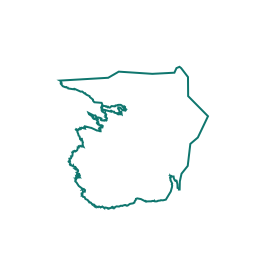 Berlevåg nor, Finnmark, Norway (orthographic projection), rotated 229°
{"feature_id": "86288312B55537413701399", "entity_name": "Berlevåg nor", "entity_type": "district", "adm_level": 2, "iso_a3": "NOR", "parent_name": "Norway", "parent_adm1": "Finnmark", "projection": "orthographic", "projection_center": [29.154, 70.681], "detail": "fine", "context": "isolated", "style": "outline", "palette": "teal", "viewbox_px": 256, "rotation_deg": 229, "n_neighbors": 0, "source": "geoboundaries", "source_scale": "gbopen_adm2", "svg_char_len": 5668}
<svg xmlns="http://www.w3.org/2000/svg" viewBox="0 0 256 256"><g transform="rotate(229 128 128)"><path d="M178.9,146.0L208.3,107.9L207.8,108.1L206.8,107.4L206.0,107.6L205.8,107.4L206.0,107.3L205.7,107.2L205.8,107.1L205.6,107.0L205.7,106.8L204.9,106.5L205.0,106.3L202.3,106.2L200.0,107.4L199.5,108.2L199.0,108.1L198.0,109.0L197.1,108.8L193.1,112.2L193.1,112.6L192.7,112.8L192.8,112.9L192.7,113.3L186.6,116.1L185.5,117.4L182.4,117.9L182.1,118.1L182.4,118.3L182.3,118.5L180.6,118.4L177.2,119.9L176.3,119.5L172.4,120.2L171.6,119.5L169.5,119.5L164.3,124.6L162.5,124.0L161.0,121.1L160.6,121.0L160.4,121.8L161.0,122.9L160.7,124.1L158.7,125.8L158.3,125.6L158.0,126.2L157.1,126.2L157.0,127.0L155.7,127.2L155.2,128.0L155.4,129.5L155.3,130.0L152.9,132.3L152.8,132.7L153.2,133.1L153.0,133.7L152.0,134.9L152.1,135.3L151.5,136.3L150.2,137.7L149.0,138.1L147.2,137.9L146.7,138.3L146.7,139.4L145.8,139.6L145.7,139.5L146.5,139.3L145.7,138.5L145.7,138.1L144.5,137.2L144.8,137.1L144.5,137.1L144.4,137.3L144.4,138.3L144.6,138.2L144.4,137.6L144.6,137.4L144.7,138.2L144.8,137.8L145.4,138.3L145.0,138.4L145.2,138.2L144.5,138.3L143.0,138.2L142.8,137.5L142.9,137.2L144.4,136.9L144.4,136.1L144.9,135.7L148.7,135.4L149.8,134.4L149.1,133.8L149.3,133.4L148.8,133.2L147.3,133.1L145.9,132.3L144.9,132.7L144.6,133.5L142.5,132.2L143.2,132.0L142.9,131.8L143.1,131.5L145.2,131.1L145.9,130.1L145.3,129.9L145.5,129.8L145.2,129.4L147.0,128.9L148.5,127.8L149.4,128.2L150.3,127.3L152.2,126.6L152.3,126.1L151.9,126.2L152.0,125.8L151.8,125.7L156.3,122.7L156.0,122.3L156.6,122.4L157.9,121.5L157.7,121.3L157.8,121.1L158.5,120.9L159.7,121.3L159.7,120.8L158.7,119.7L157.8,119.4L158.0,119.2L154.0,120.5L152.4,120.4L151.9,119.7L152.3,119.1L150.4,118.5L150.6,118.2L149.1,118.5L148.9,118.2L149.0,117.7L147.9,116.9L147.9,116.4L149.1,115.9L149.5,115.2L149.2,114.9L151.1,113.1L152.0,112.8L152.3,113.2L151.9,113.6L152.6,114.1L151.7,114.5L154.0,113.5L155.3,112.6L156.0,111.8L155.8,111.6L156.2,111.3L158.9,111.6L160.0,110.3L165.4,108.1L164.0,107.6L159.3,108.9L158.2,108.7L158.5,108.1L157.5,108.1L156.3,108.9L156.4,109.7L156.2,110.2L156.5,110.5L155.7,111.2L154.0,110.7L153.9,110.2L154.3,109.8L154.2,109.5L152.2,109.5L152.3,108.7L151.8,108.7L152.1,108.4L152.1,107.8L150.4,107.7L148.7,108.5L147.3,110.0L146.2,110.3L145.5,109.6L145.4,109.0L146.0,108.7L145.6,108.6L146.8,107.0L145.9,106.7L146.4,105.8L144.9,105.4L144.4,105.8L143.7,105.3L144.1,105.0L144.0,104.7L145.9,103.6L146.3,103.0L152.6,100.2L152.3,100.2L155.9,97.7L155.7,97.7L157.4,96.3L157.3,96.2L158.1,95.9L156.4,95.8L156.3,95.4L156.5,95.3L155.9,95.1L158.5,93.2L158.4,93.1L158.8,92.6L158.6,92.2L159.0,92.0L158.8,91.9L159.0,91.8L158.8,91.4L159.2,90.8L158.9,90.7L159.1,90.5L158.9,90.3L159.2,89.8L159.2,89.7L159.2,89.1L160.4,88.5L160.2,88.4L160.5,88.3L160.4,88.2L160.5,87.9L161.9,87.5L158.8,87.8L158.0,87.1L156.3,86.6L154.2,85.5L154.3,85.6L153.4,85.9L151.1,84.6L150.1,86.2L149.6,86.3L150.0,86.0L149.8,85.2L150.2,84.9L149.5,84.6L149.3,85.1L149.5,85.3L149.3,85.5L147.0,84.6L147.1,84.4L145.4,83.2L144.5,81.3L144.3,81.5L144.6,82.5L143.3,82.1L143.8,81.9L143.9,81.4L144.7,80.6L145.9,80.2L145.8,79.8L145.9,79.4L146.4,79.0L146.1,78.8L146.3,78.4L146.0,78.0L146.2,77.6L145.9,77.6L146.1,77.3L144.7,75.3L144.6,74.3L144.7,73.5L145.0,73.3L144.8,73.2L144.9,72.7L145.9,72.3L146.3,71.5L145.9,71.0L146.1,70.8L145.7,70.0L145.9,69.8L145.2,69.6L143.5,67.8L143.6,66.9L143.9,66.5L143.1,66.2L142.6,65.1L142.9,64.5L142.7,64.4L142.8,64.1L143.2,63.6L141.1,62.5L141.5,61.6L141.4,61.5L141.7,61.3L141.6,61.1L139.2,61.3L138.6,60.8L138.8,60.8L138.6,60.2L137.8,60.1L137.6,60.3L137.9,60.6L135.2,61.5L135.3,61.8L134.8,61.5L134.6,61.6L134.8,61.8L133.8,62.0L133.2,62.7L130.9,62.4L131.7,61.3L130.9,61.5L131.0,61.8L130.6,62.5L129.0,62.6L128.3,62.2L128.1,61.9L128.3,61.5L127.4,60.6L127.8,60.0L126.6,59.9L126.4,58.9L125.9,58.0L126.3,58.9L126.5,59.9L126.2,59.9L126.2,59.5L125.9,59.3L126.1,59.9L125.4,61.0L124.0,60.5L124.7,59.5L124.3,58.8L123.8,59.5L122.6,59.3L123.9,58.4L124.1,58.6L124.0,58.4L124.4,58.0L123.7,57.8L124.0,57.6L124.0,57.1L124.9,56.9L124.5,56.7L124.8,56.5L124.7,56.1L124.0,55.9L124.2,55.6L123.9,55.7L123.0,54.7L122.9,54.1L123.1,54.0L122.3,53.2L120.7,53.4L116.6,52.8L112.4,53.7L111.7,53.6L111.6,53.0L111.2,53.6L111.0,54.6L109.3,54.8L108.3,53.6L109.6,52.3L108.7,51.2L109.1,50.1L108.6,49.6L107.7,49.8L107.2,48.6L106.4,49.2L105.6,48.9L104.3,49.9L102.4,49.3L100.1,50.3L97.4,50.0L97.4,50.5L96.6,50.5L96.0,51.0L93.9,50.9L94.0,51.1L93.1,51.3L92.9,51.8L92.2,52.2L91.2,51.3L90.1,51.5L89.8,51.8L90.0,52.0L89.7,52.0L90.0,52.4L87.9,53.4L87.9,54.0L88.0,54.1L87.7,54.7L86.1,55.2L86.2,55.6L85.8,56.0L85.6,57.1L84.0,57.4L84.2,57.5L82.8,58.2L82.7,58.9L81.6,59.7L80.0,60.1L79.9,60.3L80.2,60.6L79.7,60.9L79.8,61.2L78.8,62.6L79.0,63.6L78.8,64.5L78.3,64.7L77.5,64.3L77.2,65.0L76.7,64.9L76.8,65.5L76.6,65.7L76.8,66.2L76.4,67.9L74.6,69.7L74.0,71.7L72.9,72.6L72.8,73.3L71.8,75.3L71.2,75.8L70.5,75.8L69.7,76.8L69.7,77.6L69.4,79.8L67.8,82.4L67.7,82.9L67.8,83.2L67.5,83.8L68.4,85.3L68.6,86.6L69.3,87.5L68.8,88.8L65.9,91.1L60.5,93.3L60.3,93.8L60.5,93.9L60.3,94.0L57.3,97.6L57.1,98.4L55.9,99.6L55.9,100.2L55.1,100.1L54.1,101.1L53.4,102.4L53.4,102.9L52.1,104.8L52.0,105.4L50.5,106.9L49.1,109.6L52.0,118.6L54.6,122.5L55.8,123.8L56.6,124.0L57.1,124.9L60.9,125.9L61.8,126.9L61.6,126.6L62.9,127.1L63.4,128.3L63.9,128.6L63.0,128.7L63.1,129.0L63.2,129.3L62.5,129.6L63.0,129.1L62.6,129.2L61.5,130.6L59.8,129.5L57.7,129.0L57.0,129.1L57.0,129.7L56.4,130.1L53.1,128.4L50.3,126.1L48.7,126.7L48.1,126.1L47.7,126.6L53.7,132.1L58.4,138.4L60.2,148.2L75.1,164.6L75.0,174.5L84.4,196.1L112.6,194.3L127.1,206.7L138.3,207.4L140.4,207.0L141.4,203.9L139.3,199.3L152.9,181.9L176.6,158.0L178.9,146.0Z" fill="none" stroke="#0f766e" stroke-width="2"/></g></svg>